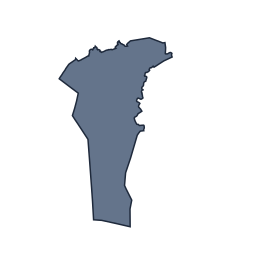 Bardu nor, Troms, Norway, rotated 61°
{"feature_id": "86288312B82966611739072", "entity_name": "Bardu nor", "entity_type": "district", "adm_level": 2, "iso_a3": "NOR", "parent_name": "Norway", "parent_adm1": "Troms", "projection": "mercator", "projection_center": [18.319, 68.703], "detail": "fine", "context": "isolated", "style": "filled", "palette": "slate", "viewbox_px": 256, "rotation_deg": 61, "n_neighbors": 0, "source": "geoboundaries", "source_scale": "gbopen_adm2", "svg_char_len": 4867}
<svg xmlns="http://www.w3.org/2000/svg" viewBox="0 0 256 256"><g transform="rotate(61 128 128)"><path d="M71.2,54.3L71.0,54.9L70.5,56.3L66.6,59.5L65.6,60.4L59.5,65.5L53.0,83.6L53.7,87.0L54.3,88.6L56.1,88.7L55.7,89.8L55.1,90.9L54.2,91.2L53.9,91.1L53.7,91.2L53.7,91.3L53.4,91.3L53.2,91.4L53.0,91.5L52.8,91.7L52.6,92.0L52.4,92.2L52.2,92.3L51.9,92.3L51.7,92.4L51.7,92.5L51.2,92.8L51.0,93.2L50.8,93.3L50.7,93.3L50.4,93.4L50.2,93.4L49.9,93.5L49.7,93.4L49.6,93.5L49.4,93.5L49.1,93.8L48.8,93.9L48.7,93.8L48.6,93.7L48.4,93.7L48.2,93.6L47.9,93.6L47.5,93.6L47.4,93.6L47.4,93.8L47.5,93.9L47.6,94.0L47.8,94.0L47.7,94.3L47.8,94.5L47.7,94.6L47.6,94.9L47.6,95.0L48.1,95.3L48.3,95.7L48.4,96.0L48.5,96.0L48.8,95.9L49.0,96.0L49.3,96.3L49.7,96.3L49.8,96.2L50.1,96.2L50.3,96.3L50.3,96.5L50.3,97.0L50.3,97.6L50.3,97.9L50.3,98.0L50.5,98.1L50.6,98.4L50.7,98.5L50.7,98.8L50.8,99.1L51.0,99.2L51.0,99.4L51.1,99.5L51.1,99.8L51.1,100.0L51.6,100.1L51.9,100.4L52.1,100.5L52.4,100.3L52.0,103.1L51.8,104.1L51.1,104.5L50.9,105.0L50.7,105.9L50.0,107.0L50.1,107.4L50.0,108.0L49.8,108.1L49.7,108.4L49.4,109.7L49.4,111.6L49.3,112.5L49.2,113.1L49.1,113.6L49.0,114.5L48.4,114.6L48.1,115.0L47.8,115.3L47.4,115.4L47.2,114.9L46.8,115.1L46.7,115.0L46.2,114.9L45.8,115.2L45.0,115.8L45.0,116.1L45.0,116.3L44.9,116.4L44.9,116.6L44.6,116.7L44.3,116.8L44.0,116.7L43.2,116.4L43.0,116.5L42.5,116.3L41.9,116.5L41.7,116.6L41.2,116.9L40.6,117.0L41.0,117.4L41.2,117.7L41.3,118.0L41.5,118.5L41.2,119.1L41.5,119.4L41.8,119.7L41.9,120.2L42.0,120.5L42.6,120.9L42.6,121.0L42.1,121.1L41.6,121.4L41.5,121.8L41.4,122.0L41.2,122.4L41.2,122.6L41.3,123.1L41.4,123.8L42.0,124.5L42.7,124.8L43.2,125.0L43.5,125.2L44.6,126.2L45.8,127.4L45.6,127.5L45.7,131.4L45.6,135.1L45.6,135.5L45.7,136.0L45.6,136.6L45.6,137.2L45.5,137.8L45.3,138.9L44.8,139.2L42.0,139.9L41.7,140.0L42.0,140.2L42.5,140.5L42.7,140.8L42.8,141.1L42.8,141.6L43.0,143.3L43.2,145.6L43.4,147.6L43.5,148.2L43.6,148.9L44.3,150.3L44.8,151.3L45.0,151.8L46.0,153.8L46.7,154.8L47.9,157.3L48.1,157.8L48.7,158.9L49.1,159.5L49.6,160.5L50.6,162.6L51.6,164.3L65.2,158.3L73.4,154.6L79.6,160.0L84.9,165.1L90.2,170.6L95.2,170.3L99.5,169.9L118.5,168.5L140.7,178.7L159.3,187.3L163.0,189.0L175.0,194.6L191.6,202.6L196.0,195.8L206.4,184.0L215.4,174.0L199.8,165.5L192.9,159.7L180.4,159.2L176.6,158.9L166.0,151.8L155.5,140.3L138.8,123.4L137.4,120.6L136.7,118.8L138.0,115.5L137.5,115.4L137.0,115.1L136.6,114.6L136.3,114.2L135.6,113.6L134.7,113.2L133.8,112.9L133.6,112.8L133.2,112.9L133.0,113.1L132.9,113.4L132.8,113.6L132.4,114.3L132.3,114.6L131.9,115.5L131.4,116.7L131.3,116.8L131.1,116.9L130.2,117.2L129.8,117.3L129.6,117.7L129.3,118.1L129.1,118.4L128.9,118.5L128.6,118.5L128.4,118.5L128.2,118.5L126.5,118.5L124.4,118.3L123.4,118.0L123.0,118.0L122.5,117.7L122.2,117.5L121.9,117.3L121.8,117.1L121.8,116.6L121.8,116.0L121.8,115.8L121.8,115.4L121.8,114.8L121.7,114.5L121.5,114.1L121.1,113.4L121.0,113.1L120.3,112.2L120.3,111.9L120.3,111.5L120.3,111.0L120.3,110.8L120.3,110.4L120.2,110.0L120.2,109.8L120.2,109.0L120.1,108.5L120.1,108.3L120.0,108.0L120.0,107.7L119.8,107.7L119.0,107.8L117.8,107.8L115.4,108.4L115.2,108.5L114.6,108.4L114.4,108.4L113.6,107.8L113.2,107.4L113.0,107.0L112.7,106.5L112.5,106.0L112.3,105.7L112.1,105.7L111.5,105.9L110.4,106.5L110.0,106.8L109.4,107.3L109.1,107.4L108.8,107.4L108.6,107.4L108.3,107.3L107.9,106.9L107.5,106.5L107.1,106.0L106.7,105.4L106.7,105.0L106.7,104.8L106.8,104.5L108.2,103.4L108.5,103.3L109.1,102.8L109.2,102.6L109.2,102.3L109.2,101.3L109.1,100.7L109.0,100.4L108.8,100.3L107.9,100.1L107.7,100.1L107.0,99.9L106.1,99.4L105.3,99.4L105.0,99.3L104.8,99.2L104.5,98.8L104.3,98.7L103.9,99.0L103.7,99.0L102.5,98.5L102.2,98.1L101.9,97.7L101.8,97.4L101.8,97.1L101.8,96.8L102.0,96.3L102.1,96.2L102.2,95.9L101.8,96.3L101.4,96.5L101.1,96.8L100.8,96.9L100.5,96.9L100.2,96.8L99.7,96.6L99.3,96.3L99.0,95.7L98.8,95.2L98.7,94.6L98.6,94.4L98.5,94.2L98.3,93.9L98.1,93.7L97.8,93.5L96.6,92.7L96.2,92.4L95.8,91.8L95.7,91.6L95.6,91.3L95.5,91.0L95.5,90.8L95.6,90.4L95.7,90.1L95.7,89.9L95.5,89.6L95.3,89.5L94.4,88.5L94.0,88.2L93.7,87.8L93.2,87.3L92.8,87.0L92.6,86.9L92.3,86.9L92.1,86.9L91.7,87.1L91.5,87.3L91.4,87.4L91.2,87.7L91.0,87.9L90.9,88.1L90.7,88.3L90.2,88.2L90.0,87.8L89.9,87.6L89.3,87.2L89.0,86.9L88.2,86.2L88.1,85.8L88.1,85.6L88.1,85.2L88.6,84.6L88.5,84.1L88.5,83.9L88.5,83.6L88.6,83.3L88.6,83.1L88.5,82.7L88.4,82.1L88.2,81.6L88.0,81.1L87.5,81.1L87.0,81.1L86.8,80.8L86.1,79.5L86.1,79.2L86.5,78.7L86.6,78.2L86.5,77.5L86.4,77.3L86.2,76.7L86.1,76.1L86.2,75.9L86.6,75.8L87.2,75.9L87.4,75.8L87.3,73.0L87.1,70.6L86.7,64.0L87.2,56.4L87.3,55.8L87.3,55.0L86.8,54.9L86.4,54.9L85.8,54.7L85.3,54.4L84.7,54.2L84.2,53.6L84.0,53.4L83.7,53.5L82.9,53.9L82.7,54.1L82.4,54.5L82.3,55.0L82.2,55.6L82.2,55.8L82.3,56.0L82.3,57.6L82.1,57.9L81.9,58.2L81.8,58.7L81.7,58.9L81.5,59.0L81.1,59.3L80.8,59.2L78.4,57.6L75.9,56.1L71.2,54.3Z" fill="#64748b" stroke="#1e293b" stroke-width="1.5"/></g></svg>